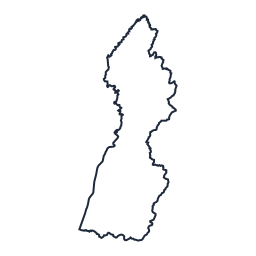 the district of Kra Buri, Ranong, Thailand
{"feature_id": "78962969B7513532237897", "entity_name": "Kra Buri", "entity_type": "district", "adm_level": 2, "iso_a3": "THA", "parent_name": "Thailand", "parent_adm1": "Ranong", "projection": "orthographic", "projection_center": [98.865, 10.494], "detail": "fine", "context": "isolated", "style": "outline", "palette": "slate", "viewbox_px": 256, "rotation_deg": 0, "n_neighbors": 0, "source": "geoboundaries", "source_scale": "gbopen_adm2", "svg_char_len": 5839}
<svg xmlns="http://www.w3.org/2000/svg" viewBox="0 0 256 256"><path d="M146.7,17.2L146.0,16.5L144.9,16.7L145.0,16.2L144.6,15.4L144.2,15.4L143.9,15.9L143.3,15.6L142.8,16.3L143.0,16.7L142.9,17.3L142.4,17.5L142.0,17.3L141.6,18.0L141.1,17.6L140.9,17.8L140.6,18.7L140.2,19.1L140.0,20.1L138.7,20.2L138.3,19.3L138.0,19.2L136.6,20.3L136.5,20.6L136.9,20.6L137.5,21.0L136.8,21.1L136.3,22.1L135.5,22.4L135.3,23.3L133.3,25.5L133.3,25.9L132.2,26.4L132.1,27.0L131.5,27.2L131.9,27.8L131.4,28.7L130.2,29.1L129.7,28.8L129.2,29.3L129.4,31.3L128.8,31.3L127.8,32.7L127.7,32.9L128.1,33.6L126.7,33.7L126.3,34.5L126.5,35.4L125.4,36.7L123.3,37.3L123.6,39.3L121.9,40.0L121.6,40.8L121.6,42.0L121.2,42.3L120.0,42.4L118.3,43.2L118.3,44.0L119.4,44.4L117.6,46.5L115.1,46.9L115.1,47.2L116.0,48.0L115.6,49.4L114.8,50.0L114.0,49.8L113.3,50.4L112.8,51.6L112.3,52.1L112.1,53.4L111.0,54.1L111.4,55.4L109.6,56.7L109.0,56.8L108.6,56.3L108.8,55.7L108.3,55.3L107.1,57.7L107.6,58.9L108.2,66.0L108.8,67.1L108.7,67.9L108.3,69.6L106.5,71.2L105.8,72.1L105.7,73.4L106.0,74.5L105.2,75.6L105.3,77.8L103.9,78.9L103.8,79.7L104.9,81.3L107.4,81.5L107.6,84.1L107.1,86.1L107.6,87.0L108.3,86.7L108.9,85.5L109.4,85.2L110.3,85.3L111.4,86.2L113.2,86.1L114.2,85.7L114.7,85.9L115.1,86.7L115.1,87.5L114.0,88.2L113.5,89.3L113.8,89.7L114.7,89.9L115.3,90.4L115.3,92.8L116.2,92.6L116.9,91.2L117.9,90.2L118.4,90.2L118.8,90.7L117.6,91.8L117.6,93.3L118.4,94.5L117.4,95.4L117.3,98.2L116.3,101.3L115.9,101.6L114.4,102.0L114.1,103.1L114.3,103.5L114.7,103.7L115.4,103.1L116.0,103.1L116.8,104.5L117.8,105.2L119.4,105.0L119.5,106.1L119.9,107.0L121.3,107.8L120.8,108.6L118.2,110.6L118.7,111.0L120.1,110.7L120.4,111.0L120.2,112.3L119.5,113.8L119.6,114.3L122.1,114.1L122.8,114.6L122.7,115.1L121.6,115.4L121.4,115.8L121.6,118.3L120.9,120.6L121.6,122.2L121.2,125.7L120.4,126.9L120.3,128.1L119.4,129.3L118.4,130.0L116.8,129.9L116.1,130.5L116.1,131.0L117.1,131.9L116.8,132.4L116.3,132.4L115.1,131.6L114.6,132.2L114.6,132.8L115.5,134.0L117.5,135.5L118.2,136.5L117.7,137.9L113.3,142.8L113.3,144.0L114.7,145.4L114.7,145.8L113.5,146.6L109.1,147.1L107.4,148.4L106.7,150.3L105.8,151.6L104.9,154.0L103.7,156.1L102.8,160.7L102.3,161.7L98.5,165.6L97.4,167.8L96.0,175.1L94.3,181.7L93.3,192.5L92.7,193.7L89.7,197.4L88.9,199.0L88.0,204.0L87.0,207.7L86.2,209.2L85.1,213.3L79.4,229.3L81.2,230.1L84.2,230.7L85.1,230.1L85.9,230.6L86.5,230.3L87.1,230.9L88.6,231.0L89.3,231.6L89.9,230.8L90.4,230.5L90.9,230.5L91.3,231.1L92.3,230.6L93.0,230.6L95.1,231.8L95.5,232.4L96.3,232.7L96.8,234.0L98.1,234.2L98.7,234.5L99.2,235.1L99.1,236.3L99.2,236.7L100.1,236.9L101.4,237.9L103.5,236.6L104.0,235.3L105.4,235.4L107.1,234.8L107.7,233.3L108.4,232.7L109.3,233.0L111.0,234.3L113.1,234.8L113.3,236.1L115.9,237.6L116.9,237.3L117.8,236.1L119.9,234.9L121.4,234.6L123.3,235.3L124.2,236.3L124.1,238.9L124.9,240.0L126.3,240.2L129.5,238.5L130.6,237.5L131.6,238.6L133.5,238.8L134.3,239.7L135.7,239.7L138.2,240.6L139.8,240.1L141.2,240.1L142.4,239.4L144.5,235.9L145.3,235.1L146.5,234.7L147.7,232.8L149.1,231.5L149.0,229.5L148.2,228.1L148.7,226.6L150.2,225.5L151.9,225.1L152.4,223.9L152.2,223.0L150.4,222.1L150.2,221.1L153.6,219.7L155.6,215.1L155.5,213.8L152.9,212.2L152.2,210.7L152.8,207.7L152.5,206.3L153.9,204.9L153.5,204.0L154.1,203.1L156.3,202.0L157.5,200.8L157.9,198.6L159.3,195.8L161.0,194.9L161.9,193.1L163.1,192.7L163.8,192.1L164.3,189.9L165.3,189.5L165.5,188.4L167.4,186.4L167.7,185.0L167.7,183.6L168.5,182.5L168.0,179.5L165.5,178.7L163.8,177.4L164.4,175.1L165.9,173.2L166.4,172.3L166.1,171.1L166.4,170.4L166.2,170.1L163.9,169.7L163.3,169.4L163.2,167.9L163.4,167.5L163.1,166.9L163.3,166.4L163.1,165.9L161.6,165.4L160.5,165.9L159.4,165.1L158.1,165.8L157.3,165.2L156.5,165.3L155.3,164.6L153.6,165.0L152.8,164.7L152.8,163.9L154.0,162.0L154.0,159.9L151.8,159.2L151.3,158.4L149.9,157.7L150.0,156.6L150.4,155.5L150.0,154.9L150.1,153.9L149.8,152.9L150.8,152.1L150.9,151.7L150.8,150.7L150.2,149.8L150.6,148.4L150.4,148.2L149.4,148.2L149.4,146.6L148.3,145.5L148.0,144.8L147.4,144.3L148.2,142.6L146.4,142.3L146.2,142.1L147.6,140.0L147.9,139.1L148.6,138.4L148.6,137.3L149.7,136.6L150.3,135.3L150.1,134.3L150.3,132.1L151.4,131.8L152.3,130.8L154.7,129.9L155.7,130.0L156.4,129.5L156.7,128.9L156.7,127.5L157.2,126.8L157.5,125.6L158.9,124.2L159.0,123.0L160.8,121.6L161.4,120.7L166.0,120.7L166.6,120.4L167.1,119.5L167.9,119.6L169.1,119.2L169.1,117.5L169.8,115.5L171.9,112.4L175.8,110.6L175.8,110.0L175.6,109.6L173.8,108.0L172.6,107.5L172.6,106.9L171.9,106.2L171.3,105.7L170.2,105.3L169.8,104.6L168.7,103.6L169.0,102.1L167.7,99.1L168.6,98.8L170.8,97.5L172.4,95.7L173.5,95.5L174.0,94.3L174.8,93.4L174.8,92.4L175.2,92.0L175.4,91.0L175.2,90.4L175.5,88.8L176.6,85.6L175.2,84.3L174.5,82.3L174.7,81.7L174.5,81.3L173.8,81.5L172.4,82.7L170.8,83.3L169.9,83.4L169.2,83.0L169.1,82.1L169.7,80.6L169.6,79.1L170.6,77.1L170.6,75.7L171.3,73.3L170.5,73.0L170.3,72.7L170.4,70.8L168.2,69.7L167.3,68.7L166.6,68.4L166.4,69.1L165.0,68.5L163.6,68.6L162.9,69.0L162.6,68.8L162.3,67.0L161.7,66.3L161.6,65.8L162.1,64.2L163.2,62.0L162.9,61.2L163.4,60.7L163.4,59.8L161.8,58.8L161.6,57.7L161.3,57.8L161.2,57.3L160.4,57.0L159.1,56.9L158.2,57.3L156.8,57.2L155.4,58.0L155.3,56.4L156.1,55.6L156.3,54.9L155.8,52.6L155.1,52.2L154.0,52.5L152.8,54.9L152.0,55.1L151.3,55.8L150.4,56.3L150.0,56.3L150.1,54.8L149.2,53.7L149.0,52.1L148.4,50.9L149.3,49.9L150.5,49.3L150.8,48.1L151.9,47.0L152.2,46.1L151.6,45.2L151.6,44.7L153.1,43.5L153.0,41.9L153.8,40.9L153.6,40.0L154.7,39.4L154.3,38.1L155.5,37.0L156.0,36.2L156.4,35.1L155.9,33.9L156.1,33.5L156.9,33.0L157.6,31.1L156.2,30.2L155.7,29.0L154.4,29.3L153.1,29.2L152.1,29.6L151.4,29.5L151.3,28.4L149.8,27.3L149.7,26.9L149.9,26.8L149.6,26.3L150.1,25.6L149.8,25.2L149.9,24.8L149.3,24.7L149.2,23.1L148.3,22.7L148.4,21.9L148.0,21.7L148.2,21.2L148.1,19.5L147.8,19.3L147.0,19.6L147.1,19.2L146.7,18.8L146.9,18.1L146.7,17.2Z" fill="none" stroke="#1e293b" stroke-width="2"/></svg>